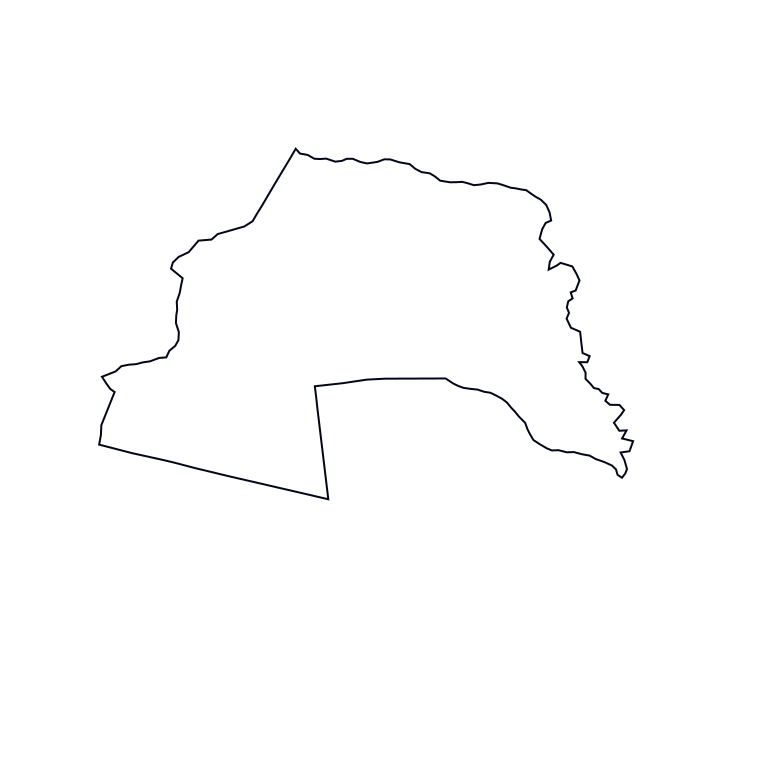 Perobal, Paraná, Brazil, rotated 314°
{"feature_id": "56859067B55216023447862", "entity_name": "Perobal", "entity_type": "district", "adm_level": 2, "iso_a3": "BRA", "parent_name": "Brazil", "parent_adm1": "Paraná", "projection": "orthographic", "projection_center": [-53.337, -23.957], "detail": "fine", "context": "isolated", "style": "outline", "palette": "ink", "viewbox_px": 768, "rotation_deg": 314, "n_neighbors": 0, "source": "geoboundaries", "source_scale": "gbopen_adm2", "svg_char_len": 2278}
<svg xmlns="http://www.w3.org/2000/svg" viewBox="0 0 768 768"><g transform="rotate(314 384 384)"><path d="M481.9,620.3L487.3,619.7L491.6,617.9L496.3,609.8L499.1,601.8L506.2,607.3L515.9,602.9L513.0,597.9L510.2,593.1L519.1,590.7L513.8,585.7L515.9,576.3L527.0,575.8L532.0,574.9L532.5,567.9L526.0,561.0L525.7,554.9L532.3,552.5L529.2,547.2L529.5,542.0L526.9,537.8L527.5,532.5L527.7,525.4L532.2,521.1L534.6,514.2L535.3,509.2L540.9,515.1L546.9,512.6L544.2,505.3L551.0,497.0L557.8,488.8L554.3,479.4L557.9,469.9L563.7,467.7L566.0,462.4L571.5,459.1L576.6,460.2L579.6,454.7L584.4,456.9L594.3,452.7L596.9,446.0L599.4,437.8L593.8,426.9L588.8,425.9L580.7,423.0L587.0,418.4L594.9,416.2L595.9,404.3L596.4,395.1L605.2,390.3L612.1,388.4L617.7,390.7L622.5,383.8L625.5,376.3L625.5,368.6L624.0,363.0L623.0,357.1L622.2,351.6L619.2,347.5L616.4,343.1L613.1,338.6L609.9,331.7L607.0,326.1L601.2,319.4L594.7,315.0L589.5,310.6L586.6,304.8L583.8,299.9L579.8,296.2L575.0,291.4L569.3,283.2L568.6,276.0L567.3,270.5L562.5,263.8L560.5,257.1L560.0,249.7L554.0,240.8L549.9,232.5L545.8,228.1L539.2,225.0L530.9,218.6L527.3,212.8L524.3,205.1L520.2,200.8L515.2,198.7L510.1,194.5L506.0,185.9L501.4,181.7L497.7,177.5L495.7,169.9L491.4,163.5L491.9,157.1L479.6,160.1L455.6,165.6L426.5,172.6L419.7,174.0L409.7,176.4L400.1,174.0L376.3,160.2L368.1,159.6L358.3,151.0L343.1,151.9L332.7,148.0L324.8,147.7L319.0,150.7L320.2,165.7L313.9,169.6L307.6,173.8L299.3,177.7L293.7,183.7L289.2,186.8L283.3,192.0L278.8,200.4L272.7,205.7L266.4,207.3L258.8,206.5L251.9,208.9L246.5,204.1L237.7,199.9L231.9,195.4L226.1,191.9L220.7,187.1L214.4,182.7L206.7,182.2L198.7,178.6L193.3,176.1L191.5,183.8L190.3,190.4L191.1,195.8L158.0,209.3L150.8,215.7L142.5,221.2L159.2,250.7L177.0,279.7L181.6,287.5L192.2,306.4L209.9,336.5L262.4,424.0L320.7,352.4L327.8,343.9L334.3,335.8L355.6,353.5L375.1,368.5L388.7,381.2L430.8,424.5L432.4,433.3L434.1,438.6L436.4,443.8L440.9,450.0L445.0,455.2L448.0,461.5L451.6,466.6L453.6,472.7L455.4,479.3L456.1,485.4L455.3,491.8L455.1,497.1L454.3,503.6L454.1,512.6L451.1,518.7L449.2,524.2L447.5,530.5L448.8,537.4L450.8,545.8L452.9,551.0L457.6,555.5L461.9,563.0L466.8,567.7L471.0,575.2L475.3,581.6L477.1,588.4L480.9,596.7L483.7,604.6L483.7,610.3L480.9,615.1L481.9,620.3Z" fill="none" stroke="#020617" stroke-width="2"/></g></svg>